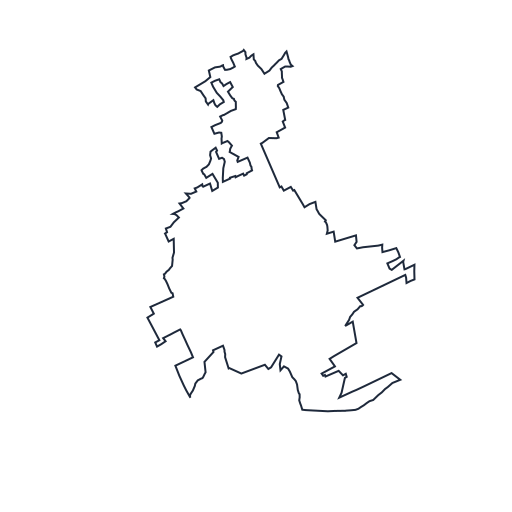 outline of Hocabá, Yucatán, Mexico, rotated 239°
{"feature_id": "50627088B46222132432578", "entity_name": "Hocabá", "entity_type": "district", "adm_level": 2, "iso_a3": "MEX", "parent_name": "Mexico", "parent_adm1": "Yucatán", "projection": "equal_earth", "projection_center": [-89.223, 20.81], "detail": "fine", "context": "isolated", "style": "outline", "palette": "slate", "viewbox_px": 512, "rotation_deg": 239, "n_neighbors": 0, "source": "geoboundaries", "source_scale": "gbopen_adm2", "svg_char_len": 5574}
<svg xmlns="http://www.w3.org/2000/svg" viewBox="0 0 512 512"><g transform="rotate(239 256 256)"><path d="M154.3,379.8L161.4,383.8L166.9,387.3L167.8,377.5L168.1,376.4L175.1,379.1L176.0,380.0L174.2,365.2L176.4,364.0L182.0,364.8L181.3,370.3L180.9,374.6L181.1,377.7L181.0,378.9L185.8,379.9L190.5,380.3L192.3,373.0L193.2,369.9L194.2,366.4L198.2,368.4L200.7,370.1L201.5,367.5L202.0,366.0L208.4,352.2L210.5,346.4L214.6,345.9L216.3,349.5L222.2,352.3L227.5,331.3L236.9,335.1L238.6,328.2L241.0,330.6L244.4,332.3L246.0,332.9L248.3,333.2L249.6,333.2L250.0,332.9L250.7,334.2L255.9,332.8L259.4,331.9L261.1,331.9L262.4,332.0L264.9,332.0L271.8,334.8L272.9,328.7L272.8,322.7L276.4,322.8L292.8,322.8L292.9,321.5L297.3,321.4L297.7,313.5L302.5,313.6L302.6,311.7L349.8,318.0L349.7,319.5L349.7,319.9L350.5,327.8L346.4,334.2L345.8,336.4L351.4,337.5L351.1,347.1L357.5,348.2L357.7,350.1L357.6,351.1L361.7,352.6L367.2,354.6L366.6,360.1L371.3,361.1L375.4,360.8L378.3,361.8L381.3,361.5L385.5,362.0L386.6,362.2L388.1,362.4L390.4,362.2L391.3,362.9L391.1,369.2L393.8,369.8L395.5,370.1L396.0,370.5L399.0,372.1L400.9,373.2L403.5,373.5L403.5,374.4L403.4,378.6L401.2,382.1L400.5,382.9L400.2,383.9L400.0,385.1L402.1,384.4L405.2,384.8L406.7,385.2L407.9,385.2L409.8,385.9L415.6,387.5L415.1,385.6L413.9,383.5L411.8,379.4L411.9,376.5L410.8,372.5L410.7,371.8L410.5,371.2L409.9,368.9L409.7,367.7L409.3,366.2L408.0,363.0L407.9,359.0L408.0,358.2L407.9,357.1L413.5,356.9L417.2,355.9L418.3,355.6L421.6,355.4L423.5,355.8L425.7,355.4L430.2,357.7L430.2,356.6L430.0,354.6L429.4,352.5L429.8,349.3L430.7,350.0L434.2,350.8L435.3,351.4L436.1,351.9L438.9,351.6L438.5,350.7L438.5,349.6L438.6,347.8L438.7,345.0L439.4,341.8L439.8,339.3L439.7,337.8L439.8,336.8L438.4,336.4L436.7,336.2L435.1,336.1L433.4,336.0L429.3,335.4L429.3,333.0L429.5,330.2L430.6,327.0L431.5,325.3L435.5,325.5L436.5,326.0L436.7,325.2L436.7,323.5L436.9,322.5L438.8,318.0L439.3,311.1L432.9,309.0L431.9,302.6L431.9,290.6L429.3,290.9L425.9,293.5L420.9,293.7L417.1,294.0L414.3,292.6L410.5,292.9L411.0,293.6L411.5,299.7L408.3,299.0L406.7,298.9L406.0,298.9L403.8,299.6L404.6,303.2L404.6,307.7L406.4,308.2L411.1,307.5L416.1,306.4L423.3,306.4L427.6,307.0L427.3,311.2L426.4,315.5L423.3,315.1L421.3,315.8L418.4,315.7L418.6,319.3L418.4,323.4L412.8,323.1L411.3,316.6L409.4,316.6L406.9,316.6L405.1,316.8L403.7,316.9L402.6,317.5L402.1,318.0L400.5,317.6L399.9,317.7L398.6,318.1L393.4,315.1L392.3,314.3L393.3,309.2L393.4,301.0L393.7,300.6L394.0,297.1L389.4,296.8L388.6,295.9L388.2,294.3L389.2,288.4L389.5,284.2L382.2,283.3L380.9,287.9L379.5,289.7L376.1,288.3L374.1,286.7L373.9,286.6L373.6,286.5L370.1,284.6L370.1,285.6L369.9,286.4L369.3,290.7L367.5,291.4L363.0,292.2L361.8,290.1L361.0,288.9L360.0,288.2L358.7,287.0L349.9,292.1L347.5,289.1L346.1,288.8L344.7,299.4L339.2,298.8L336.4,297.9L334.8,298.0L332.8,297.1L331.4,296.7L331.7,290.7L330.8,290.1L331.0,287.2L333.2,287.4L333.8,282.1L334.0,279.1L335.2,279.5L336.5,274.0L335.7,273.7L336.6,265.8L340.3,267.9L340.4,268.0L348.1,273.2L352.9,277.8L355.6,278.5L357.7,277.5L358.3,274.4L365.8,275.4L366.4,276.9L369.6,277.2L369.3,274.4L369.2,273.1L369.0,271.8L368.9,270.8L366.1,268.6L362.7,267.7L361.1,265.9L358.8,262.8L357.9,259.4L358.0,258.5L358.1,255.7L357.6,253.5L357.3,253.4L353.5,253.1L352.7,253.7L348.6,253.6L348.7,257.2L348.8,261.0L346.3,261.0L338.5,261.0L334.3,258.6L334.3,252.0L341.8,253.9L342.6,246.4L343.3,246.1L345.1,246.8L345.0,241.0L345.4,238.8L345.5,238.3L342.0,238.0L342.8,232.3L345.7,228.1L340.3,229.1L339.9,228.8L338.8,224.5L339.5,219.7L340.4,217.5L334.1,218.2L334.4,212.0L334.7,210.0L334.9,206.7L334.9,206.4L334.0,207.7L332.0,208.9L328.7,209.7L327.2,202.9L325.1,197.7L326.0,192.9L322.2,192.0L322.1,189.6L321.8,189.6L313.4,188.6L313.1,194.3L301.2,187.5L297.5,183.5L295.8,182.7L290.7,178.9L289.7,175.8L289.0,174.2L288.6,171.2L287.7,169.0L287.7,167.6L287.3,167.5L285.4,166.8L285.3,166.7L284.4,165.6L283.5,165.9L281.3,166.0L278.1,165.7L276.6,165.5L273.0,164.9L268.1,164.5L267.0,165.3L263.7,164.1L266.7,139.2L259.2,138.7L259.1,131.2L233.6,129.8L233.6,129.0L233.8,125.1L229.3,124.5L229.2,129.4L229.5,134.6L233.4,134.1L232.7,143.8L232.6,146.2L232.1,153.2L231.1,153.3L230.8,153.3L226.6,152.7L223.8,152.4L220.9,152.1L215.1,151.4L206.8,150.6L201.6,149.8L203.5,130.4L192.8,128.6L182.1,127.4L176.7,127.0L169.2,126.8L169.2,127.0L170.2,127.3L171.5,129.0L173.2,132.6L176.1,136.6L177.9,138.3L179.4,142.1L179.2,144.5L179.3,144.8L178.9,147.2L179.5,148.5L181.3,151.2L182.3,152.9L191.8,157.3L195.6,170.1L197.3,170.6L196.1,181.5L191.7,180.6L190.1,179.7L187.8,179.1L185.2,177.4L174.0,174.7L174.1,175.1L162.8,182.9L158.2,207.6L152.8,208.4L152.8,211.6L159.6,224.9L156.8,226.1L151.1,220.7L145.4,218.1L147.0,223.1L143.0,225.5L139.6,225.5L133.4,224.7L130.5,225.4L128.3,225.7L124.7,225.0L119.6,222.8L116.6,222.1L116.1,222.0L115.1,222.2L112.3,220.6L111.6,220.0L110.0,218.7L106.6,217.9L104.7,217.6L100.4,216.5L98.2,219.4L88.0,234.5L85.9,237.6L82.7,243.6L77.3,252.9L77.2,253.1L77.2,253.3L75.1,257.4L72.9,262.0L72.3,265.1L72.5,268.3L72.5,271.5L72.9,275.0L73.1,278.4L73.0,279.0L72.2,282.3L73.8,289.2L74.3,293.6L75.5,298.1L75.8,301.5L76.9,307.5L75.6,315.9L85.8,311.9L88.6,281.8L89.5,273.0L90.1,268.9L91.7,254.4L94.7,258.9L105.7,269.4L105.7,271.5L108.8,272.3L108.9,269.1L115.0,267.7L116.9,253.5L118.5,253.8L118.7,251.9L121.4,251.7L120.7,266.8L120.9,266.8L129.9,266.1L130.0,271.4L129.6,297.3L149.9,305.1L150.1,296.4L153.3,302.9L155.3,305.3L156.4,308.6L157.7,311.3L158.0,315.6L159.3,319.5L158.7,320.4L158.6,321.5L158.9,322.6L167.9,321.5L162.9,374.2L160.1,373.5L155.3,371.1L155.0,375.8L154.3,379.8Z" fill="none" stroke="#1e293b" stroke-width="2"/></g></svg>